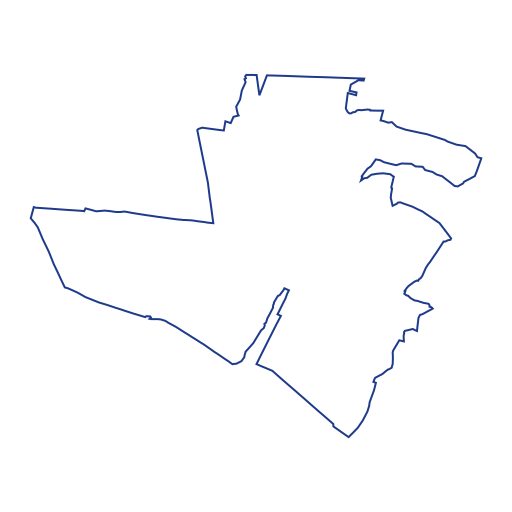 Tenango del Aire, México, Mexico
{"feature_id": "50627088B51440180010227", "entity_name": "Tenango del Aire", "entity_type": "district", "adm_level": 2, "iso_a3": "MEX", "parent_name": "Mexico", "parent_adm1": "México", "projection": "robinson", "projection_center": [-98.865, 19.149], "detail": "fine", "context": "isolated", "style": "outline", "palette": "blue", "viewbox_px": 512, "rotation_deg": 0, "n_neighbors": 0, "source": "geoboundaries", "source_scale": "gbopen_adm2", "svg_char_len": 4934}
<svg xmlns="http://www.w3.org/2000/svg" viewBox="0 0 512 512"><path d="M481.3,158.3L477.5,157.2L475.1,153.5L470.3,149.8L465.5,146.1L456.6,144.7L447.7,141.6L444.8,139.9L442.5,139.2L435.4,136.9L426.6,134.1L421.4,133.1L415.5,131.8L405.6,129.7L396.6,126.6L391.8,122.1L388.3,122.7L384.0,121.2L380.6,120.4L382.7,112.3L383.1,110.7L382.5,110.7L373.7,110.6L371.7,110.5L370.5,110.5L370.5,110.1L370.1,109.8L369.1,109.7L368.4,109.7L367.9,109.5L366.8,109.6L365.8,109.7L364.2,109.9L361.3,110.2L359.8,110.0L359.0,110.0L358.4,110.1L357.7,110.2L356.9,110.5L355.6,111.5L354.9,112.1L354.2,112.1L353.2,112.2L352.5,112.4L351.5,113.2L350.5,113.4L349.5,113.4L348.5,112.8L347.8,112.1L347.0,110.8L346.8,110.4L346.4,109.7L346.2,109.1L345.8,108.3L346.0,106.8L347.8,93.0L356.1,95.2L356.5,92.4L349.5,90.8L350.8,84.6L358.5,80.2L363.6,80.6L364.2,78.6L355.3,78.3L346.4,78.0L341.9,77.8L338.1,77.7L330.3,77.4L321.6,77.1L313.0,76.9L304.3,76.6L296.5,76.3L290.6,76.1L285.3,75.9L275.3,75.6L266.9,75.4L263.2,85.3L259.4,95.3L256.6,75.0L246.3,74.9L245.2,76.4L245.9,78.3L244.5,79.1L245.6,82.2L241.8,90.6L240.1,99.5L236.2,106.7L237.0,110.9L237.8,114.0L238.6,115.5L233.5,116.8L230.7,123.1L225.4,121.3L223.8,130.5L217.2,129.7L211.9,129.0L202.2,127.7L198.3,129.0L197.3,130.1L199.2,139.7L202.1,154.0L205.0,168.3L207.9,182.6L209.8,198.1L210.4,201.6L213.3,223.2L207.4,222.6L204.7,222.1L201.4,221.7L198.0,221.3L196.0,221.0L193.6,220.6L190.7,220.3L185.0,220.0L183.5,220.0L180.0,219.6L178.2,219.5L171.8,218.7L162.3,217.4L157.6,216.8L148.8,215.5L145.9,215.1L137.0,213.7L132.5,213.0L125.0,211.6L123.9,211.6L120.2,212.0L116.0,212.0L111.9,211.4L110.7,211.2L104.7,210.6L96.2,211.3L90.9,209.8L85.5,208.4L84.2,211.2L82.3,210.9L75.2,210.4L68.8,210.0L61.5,209.5L52.2,208.8L47.7,208.5L38.8,207.9L35.8,207.7L33.8,207.1L33.5,208.2L31.2,216.6L30.7,218.2L34.7,223.0L37.8,227.4L42.7,239.1L46.4,246.7L49.1,252.4L53.8,264.2L53.9,264.4L58.3,273.6L60.4,278.2L64.8,287.4L68.2,288.4L74.7,291.3L75.0,291.4L76.3,292.1L77.4,292.5L85.5,297.1L90.0,298.9L99.0,302.5L107.0,304.9L116.0,307.9L120.5,309.3L124.9,310.8L133.9,313.7L139.6,315.4L145.2,317.1L146.3,316.2L150.1,316.4L150.9,317.5L149.6,318.8L151.3,319.1L152.7,319.1L155.0,319.1L157.0,319.1L158.1,319.1L159.2,319.3L160.5,319.4L161.7,319.7L163.1,320.2L164.7,320.6L166.4,321.5L167.2,322.0L168.2,322.7L175.8,326.8L183.3,331.6L188.8,335.0L190.0,335.8L192.8,337.6L193.7,338.1L196.1,339.6L200.1,342.2L203.4,344.2L206.2,346.1L214.8,352.2L217.2,353.7L218.7,354.7L225.1,359.1L229.2,361.8L229.8,362.3L230.3,362.7L232.5,364.2L233.5,364.0L234.1,363.9L234.4,363.9L234.7,363.9L236.4,363.7L241.4,361.2L244.3,357.2L244.5,355.7L245.4,352.5L245.7,351.6L249.5,347.4L253.3,343.1L255.9,338.8L261.1,330.3L263.7,328.2L264.8,325.5L264.4,323.8L266.0,322.7L267.4,318.3L270.3,312.9L273.1,307.5L272.9,306.6L273.4,304.5L273.9,303.8L273.9,302.5L277.8,296.0L279.7,295.1L280.0,294.7L281.5,292.7L283.3,290.4L284.4,288.3L288.9,290.3L287.0,294.2L285.5,298.4L282.1,305.1L279.1,311.2L277.5,314.3L280.9,315.9L276.8,323.6L272.1,332.9L266.2,344.6L261.1,354.8L256.5,364.1L261.3,366.2L266.9,368.5L272.5,370.9L272.8,371.2L279.9,377.5L287.0,383.7L294.2,389.9L301.3,396.1L308.4,402.3L311.9,405.4L319.0,411.6L326.2,417.8L333.3,424.0L333.4,426.4L341.0,431.8L348.6,437.1L354.0,431.7L357.7,427.9L362.7,420.6L367.4,411.6L369.1,406.1L369.7,402.0L374.0,390.3L375.9,382.8L373.4,381.9L374.3,379.7L374.7,378.6L375.1,377.9L375.7,377.5L376.3,377.2L382.4,374.0L383.0,373.5L386.0,371.0L387.1,370.2L387.8,369.7L388.0,369.5L388.4,369.4L388.9,369.3L391.6,367.8L392.7,363.9L392.9,358.0L392.9,357.5L392.7,352.4L393.2,350.5L399.3,340.3L403.9,341.4L403.6,335.9L404.2,333.4L404.0,332.2L404.8,330.9L409.4,329.8L412.8,329.0L415.6,330.4L417.0,331.0L417.3,327.8L418.5,317.8L420.0,314.9L422.4,314.2L432.7,308.6L431.5,307.3L429.5,306.7L429.6,305.6L429.2,304.7L428.9,304.1L427.7,303.6L423.7,302.9L417.4,300.9L414.5,300.4L410.5,298.1L408.2,295.8L406.6,295.4L404.3,293.8L405.3,291.3L405.4,291.0L404.7,290.8L407.1,287.6L408.3,286.3L409.1,285.6L412.5,283.1L413.7,282.2L414.6,281.6L417.0,280.5L418.2,280.8L419.0,279.3L420.7,278.1L422.3,275.9L425.8,268.0L428.0,264.5L430.0,262.0L433.9,256.2L436.8,252.0L443.6,241.5L445.4,241.5L447.8,240.3L450.4,239.8L451.1,238.4L445.3,230.7L439.4,223.0L434.9,220.0L430.4,216.9L425.9,213.9L422.5,211.5L416.9,208.9L412.5,206.7L404.2,203.8L400.1,202.3L397.8,202.7L396.9,203.7L392.6,205.8L390.7,197.5L391.0,195.7L390.9,195.4L392.1,188.4L391.3,187.8L391.3,187.2L393.8,176.7L393.1,176.3L390.2,174.2L383.3,173.3L377.4,173.7L371.4,174.7L367.2,177.8L364.2,178.3L361.0,180.5L362.1,177.4L361.9,177.4L361.7,176.3L364.6,172.4L367.5,168.7L371.0,166.2L372.5,164.1L375.8,159.4L380.2,160.2L384.0,162.2L390.3,163.8L396.2,165.2L401.6,163.5L411.4,163.8L415.5,166.4L422.7,166.8L425.1,170.0L432.6,172.0L436.6,174.5L442.3,176.3L443.2,177.1L450.9,183.0L454.6,186.0L457.8,186.4L462.9,183.5L463.1,183.4L464.0,181.8L469.4,179.0L474.8,176.1L476.8,171.2L478.8,165.5L481.3,158.3Z" fill="none" stroke="#1e3a8a" stroke-width="2"/></svg>